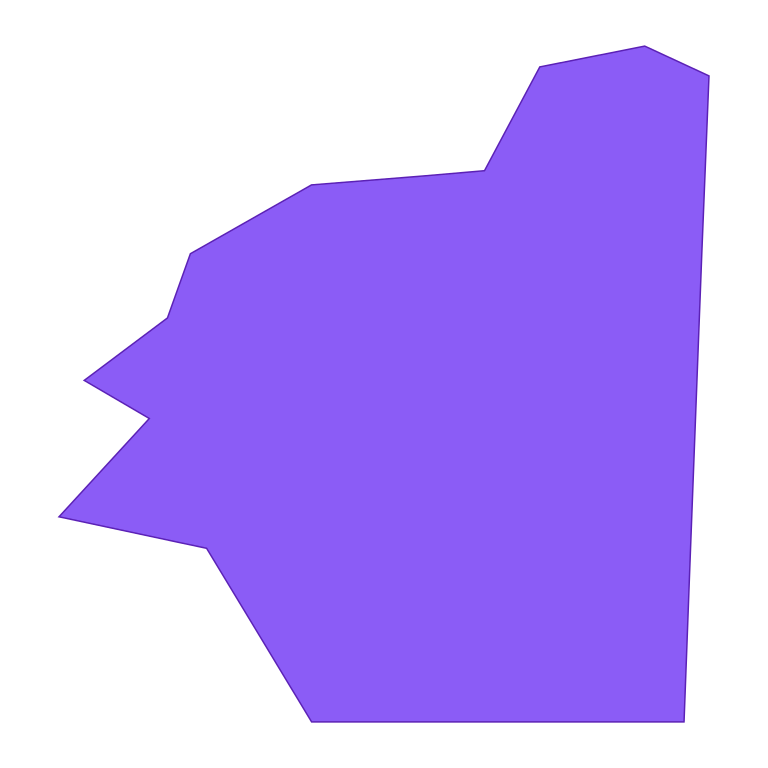 25 de Mayo, Río Negro, Argentina (Robinson projection)
{"feature_id": "61730980B23941823928589", "entity_name": "25 de Mayo", "entity_type": "district", "adm_level": 2, "iso_a3": "ARG", "parent_name": "Argentina", "parent_adm1": "Río Negro", "projection": "robinson", "projection_center": [-69.008, -41.037], "detail": "fine", "context": "isolated", "style": "filled", "palette": "violet", "viewbox_px": 768, "rotation_deg": 0, "n_neighbors": 0, "source": "geoboundaries", "source_scale": "gbopen_adm2", "svg_char_len": 547}
<svg xmlns="http://www.w3.org/2000/svg" viewBox="0 0 768 768"><path d="M311.6,721.9L322.0,721.9L327.0,721.9L597.3,721.9L684.0,721.9L684.1,720.7L684.1,720.2L686.0,669.6L686.8,648.4L688.8,594.5L689.2,583.7L699.2,321.5L700.4,290.6L701.8,253.5L709.0,75.9L644.7,46.1L539.8,66.9L484.5,170.7L422.9,176.0L311.5,184.9L190.4,253.7L178.2,287.8L168.0,316.4L167.5,317.9L84.2,380.4L149.3,418.5L136.0,433.0L59.0,516.8L178.3,542.3L206.1,548.2L206.6,548.3L254.3,627.1L290.3,686.7L296.8,697.4L311.6,721.9Z" fill="#8b5cf6" stroke="#5b21b6" stroke-width="1.5"/></svg>